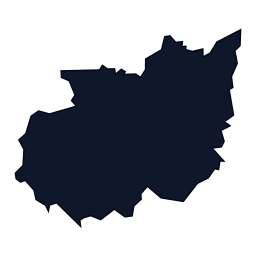 Rosoman, Rosoman, North Macedonia (Equal Earth projection)
{"feature_id": "65306769B19811324233496", "entity_name": "Rosoman", "entity_type": "district", "adm_level": 2, "iso_a3": "MKD", "parent_name": "North Macedonia", "parent_adm1": "Rosoman", "projection": "equal_earth", "projection_center": [21.91, 41.5], "detail": "fine", "context": "isolated", "style": "filled", "palette": "ink", "viewbox_px": 256, "rotation_deg": 0, "n_neighbors": 0, "source": "geoboundaries", "source_scale": "gbopen_adm2", "svg_char_len": 1063}
<svg xmlns="http://www.w3.org/2000/svg" viewBox="0 0 256 256"><path d="M18.9,139.9L24.0,149.4L23.1,165.5L15.4,173.2L16.2,178.8L20.6,182.0L25.3,180.3L34.1,190.2L36.1,199.5L45.7,205.4L48.4,211.0L49.5,205.1L56.6,202.7L80.5,226.2L79.8,220.3L83.6,217.7L90.7,215.6L100.7,219.6L114.3,209.1L125.0,216.8L132.1,215.9L133.8,206.0L141.1,199.2L140.8,193.8L147.4,186.2L161.1,197.8L183.3,201.4L197.3,183.4L208.3,177.8L214.6,168.7L218.5,169.5L219.9,160.9L223.8,161.1L211.9,148.0L221.3,146.9L224.1,141.4L220.8,130.4L230.0,125.8L224.2,121.7L233.5,115.1L229.1,89.5L232.8,87.4L231.4,76.5L237.2,63.3L234.8,50.6L240.0,45.7L240.6,29.8L217.0,42.0L210.2,53.1L202.9,56.9L202.8,49.0L192.4,51.5L185.6,49.6L185.9,46.3L181.8,46.6L182.4,41.7L175.7,42.4L170.0,35.9L164.8,36.7L161.6,49.8L145.7,59.0L145.6,69.6L140.5,77.4L135.7,74.1L123.6,74.4L125.2,71.7L121.3,69.3L115.4,74.4L114.6,68.9L107.3,69.0L102.5,65.4L99.5,70.0L61.2,70.9L61.5,77.4L69.2,80.7L75.1,95.0L71.6,100.6L76.5,106.2L49.4,114.0L38.6,111.0L31.1,116.3L25.9,133.6L18.9,139.9Z" fill="#0f172a" stroke="#020617" stroke-width="1.5"/></svg>